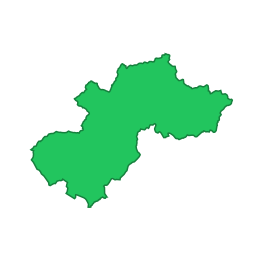 outline of Petris, Arad, Romania, rotated 49°
{"feature_id": "2599482B88106197026841", "entity_name": "Petris", "entity_type": "district", "adm_level": 2, "iso_a3": "ROU", "parent_name": "Romania", "parent_adm1": "Arad", "projection": "equal_earth", "projection_center": [22.372, 46.087], "detail": "fine", "context": "isolated", "style": "filled", "palette": "green", "viewbox_px": 256, "rotation_deg": 49, "n_neighbors": 0, "source": "geoboundaries", "source_scale": "gbopen_adm2", "svg_char_len": 5747}
<svg xmlns="http://www.w3.org/2000/svg" viewBox="0 0 256 256"><g transform="rotate(49 128 128)"><path d="M182.9,70.5L184.3,69.2L183.5,67.6L183.7,67.2L184.9,66.5L186.7,66.4L187.5,66.1L187.9,65.5L188.1,64.7L188.0,64.0L187.6,62.9L184.9,59.7L184.6,58.9L183.1,58.0L182.8,57.4L182.7,56.4L181.7,55.8L181.7,55.6L182.0,54.9L181.9,54.1L181.4,53.4L179.6,52.0L179.1,49.0L178.7,48.8L177.2,48.7L176.4,47.1L176.3,46.3L176.4,44.4L176.4,43.3L175.8,41.4L175.9,38.6L176.7,37.6L177.3,36.1L177.5,35.3L177.3,33.9L176.2,32.5L175.9,31.7L175.4,31.0L174.3,31.0L173.4,32.5L171.1,33.2L169.6,32.1L168.1,31.6L166.8,31.9L166.0,32.2L164.6,34.4L163.7,34.7L162.4,34.3L160.5,33.4L159.6,35.5L157.5,37.3L156.8,40.7L156.8,41.8L156.2,43.2L155.7,42.8L155.0,43.1L154.3,42.4L153.6,42.4L152.7,43.0L151.1,41.4L148.7,39.9L147.7,40.0L147.1,40.4L146.8,42.9L146.5,43.9L145.8,44.6L143.9,45.7L143.2,46.7L142.9,47.8L143.1,48.7L142.9,49.5L141.8,50.8L140.5,53.6L140.0,54.0L138.9,53.8L137.5,54.6L135.9,54.8L135.2,55.7L131.9,56.5L130.9,56.5L127.8,54.5L127.0,55.1L126.9,55.5L127.0,56.2L126.0,58.0L125.4,58.6L121.3,58.7L119.2,57.3L118.8,57.3L118.0,56.4L117.5,54.4L117.0,54.0L114.8,53.5L112.4,52.0L111.7,52.7L110.9,53.8L110.4,54.0L109.2,54.1L108.7,54.4L108.2,54.3L107.2,54.6L104.8,54.6L104.4,54.2L104.1,54.1L103.6,51.6L102.4,51.3L101.1,49.4L100.5,48.9L99.4,49.1L98.3,50.2L97.3,50.5L97.1,50.9L96.4,51.2L96.6,51.4L96.9,52.5L96.4,52.9L95.6,54.1L95.5,54.5L96.0,55.3L96.8,56.0L96.9,56.5L96.6,57.1L96.5,57.6L96.0,58.3L95.8,59.0L95.1,59.6L95.0,60.0L94.1,60.5L93.9,60.9L93.9,61.3L93.6,61.5L93.7,62.2L94.1,62.4L94.4,63.5L95.1,64.7L94.3,66.1L93.2,66.7L92.0,68.1L91.9,68.3L91.9,70.3L91.7,70.7L89.3,72.1L89.0,72.9L89.2,74.1L89.1,74.3L88.7,74.9L87.8,75.5L86.6,77.0L86.4,77.6L86.3,79.3L86.0,80.6L85.3,81.0L84.7,81.8L84.0,83.8L82.2,85.1L81.8,87.6L82.3,89.2L82.2,89.8L82.0,90.0L81.3,89.9L80.6,89.6L80.1,89.0L79.7,88.9L79.1,89.2L78.8,89.6L78.3,89.8L78.0,89.5L77.5,89.5L77.1,89.8L76.0,90.0L75.7,90.5L75.9,92.4L76.5,93.3L77.0,95.1L76.9,96.5L77.7,97.6L77.9,98.4L78.8,99.7L81.0,100.3L81.5,101.3L82.3,102.2L82.5,103.2L82.5,104.5L84.1,105.9L84.1,107.9L84.7,108.9L84.9,110.1L85.5,111.6L84.9,112.1L85.0,112.3L86.2,113.0L86.4,113.7L87.5,115.6L87.6,116.0L88.0,116.5L88.5,118.1L88.4,118.7L87.8,119.1L87.1,119.3L85.8,120.1L84.2,120.7L82.9,121.5L81.9,122.4L81.5,123.2L79.6,123.8L75.3,122.9L74.3,122.1L74.0,122.1L73.2,122.7L72.5,123.8L71.7,123.8L71.4,124.1L70.8,124.0L70.5,124.5L70.3,124.6L68.8,124.6L68.2,125.4L68.4,126.4L68.2,126.7L67.9,127.8L68.2,128.0L68.3,128.8L68.2,129.4L68.5,130.5L68.1,131.5L68.5,132.3L69.5,133.6L70.8,133.9L71.5,133.8L71.7,136.3L72.3,138.0L72.3,138.3L71.2,139.2L71.2,141.8L71.7,143.2L71.1,146.5L71.2,148.0L71.0,148.6L70.9,149.0L70.2,149.3L72.9,149.3L74.4,148.8L75.3,148.8L76.2,149.4L77.2,150.8L78.5,150.8L79.4,150.4L80.1,149.6L81.3,148.8L83.2,148.9L83.6,148.0L84.4,147.8L86.8,147.2L88.5,147.7L89.8,147.3L91.3,147.4L91.7,147.8L92.0,148.6L91.9,151.3L92.6,152.8L93.9,154.1L93.6,155.0L93.6,155.6L94.0,156.3L94.0,157.7L94.8,159.1L95.1,160.2L95.6,160.7L95.7,161.3L95.7,161.7L97.6,161.5L98.5,162.6L99.4,162.5L100.1,163.6L99.9,164.1L99.4,164.7L99.0,165.7L99.4,167.6L99.8,168.2L98.5,169.1L97.8,170.2L96.5,171.2L95.6,172.3L93.0,174.2L91.5,174.8L91.3,175.0L91.1,176.6L91.2,177.1L90.0,178.9L88.2,180.8L86.9,181.8L86.3,182.6L85.2,183.5L83.6,184.5L83.2,187.8L81.7,189.7L80.9,191.2L80.6,192.0L81.3,194.5L79.9,196.4L80.1,197.4L79.9,197.7L80.2,198.6L80.1,199.0L80.7,200.0L80.7,201.5L80.5,202.1L80.8,202.8L79.9,203.4L79.5,204.0L79.8,205.7L80.4,207.2L81.3,208.9L81.2,209.5L80.3,210.9L80.9,212.9L80.7,215.5L81.9,215.1L83.1,214.0L83.4,214.6L84.5,215.8L85.5,216.2L87.6,218.4L88.0,219.2L88.7,221.8L91.9,221.9L99.5,223.7L101.3,222.8L101.9,222.7L103.7,222.8L105.8,223.4L109.3,222.9L117.2,223.7L119.1,225.0L119.5,225.0L120.4,224.5L121.1,221.1L121.5,220.0L122.3,219.3L121.6,216.4L121.9,215.7L122.7,214.1L123.8,213.1L124.0,212.2L124.2,211.9L123.8,210.8L129.4,209.4L130.4,211.1L131.8,212.9L133.3,212.7L133.9,212.9L136.1,215.6L136.8,217.6L146.2,214.7L146.1,213.3L144.1,211.2L145.0,210.4L151.6,207.1L153.3,206.6L155.0,206.6L157.7,207.2L159.6,207.8L161.6,210.0L162.9,208.6L163.2,207.8L162.4,207.3L162.7,205.9L162.1,204.6L162.3,203.6L161.8,202.5L161.8,202.0L162.2,201.4L162.0,201.1L163.2,198.6L162.9,197.6L162.9,197.3L163.1,197.3L163.5,195.9L163.0,195.4L163.0,194.7L163.2,194.1L163.4,192.5L165.3,192.0L166.1,191.2L165.9,189.8L165.6,189.3L165.9,189.1L162.1,188.6L157.5,184.8L156.0,184.4L155.9,183.6L156.1,182.7L156.9,182.1L157.4,180.9L157.3,180.1L156.8,178.0L155.7,174.6L155.5,173.8L155.9,173.0L156.4,172.6L158.4,171.9L159.1,171.0L159.1,170.6L161.8,168.0L160.7,166.6L160.6,166.2L160.4,161.4L159.5,158.2L159.5,156.8L156.9,153.1L156.6,152.1L156.4,150.8L156.7,149.4L156.8,147.1L157.7,145.3L157.4,141.2L157.0,138.4L156.2,136.4L155.0,136.1L153.5,136.1L152.7,136.4L151.7,136.2L150.8,135.8L149.7,135.5L147.3,134.1L146.9,133.6L146.7,132.8L145.7,131.9L145.3,131.2L143.1,129.5L143.1,128.6L142.6,128.1L140.3,127.3L139.8,126.8L139.4,126.0L139.3,125.2L138.3,124.5L137.7,123.5L137.6,122.2L138.1,121.1L137.1,119.2L140.3,116.6L140.3,115.8L140.0,114.3L140.1,113.5L140.6,113.1L141.6,112.9L141.6,112.3L141.1,111.1L140.3,109.8L140.3,109.1L142.1,107.2L142.2,105.1L143.0,104.7L143.7,104.8L144.5,105.5L145.8,108.1L146.6,108.8L148.3,109.5L149.4,109.7L151.1,108.9L151.5,108.4L151.4,106.8L152.1,106.4L153.5,106.3L158.7,107.3L159.9,105.8L159.6,105.1L160.6,103.0L160.8,102.4L158.6,101.6L158.3,101.1L158.6,100.5L159.6,99.8L160.9,99.3L163.5,98.7L166.9,98.8L167.6,98.6L168.8,97.3L170.1,97.1L170.4,96.6L171.2,93.8L172.1,92.6L172.1,91.8L172.6,90.7L172.6,89.4L172.2,88.3L172.2,87.8L173.6,87.0L175.3,84.5L176.3,83.5L176.9,83.2L178.7,83.0L179.7,81.8L179.6,74.6L180.2,74.1L179.8,72.9L180.0,72.6L181.9,71.8L182.9,70.5Z" fill="#22c55e" stroke="#15803d" stroke-width="1.5"/></g></svg>